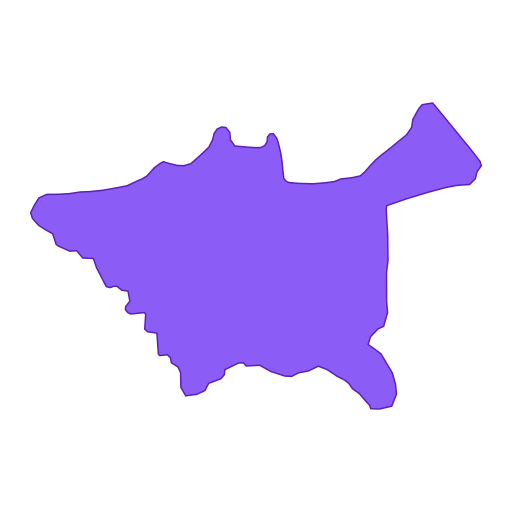 Kananga, Kasaï-Occidental, Democratic Republic of the Congo (Albers equal-area conic projection)
{"feature_id": "63176286B7058717383424", "entity_name": "Kananga", "entity_type": "district", "adm_level": 2, "iso_a3": "COD", "parent_name": "Democratic Republic of the Congo", "parent_adm1": "Kasaï-Occidental", "projection": "albers", "projection_center": [22.453, -5.896], "detail": "fine", "context": "isolated", "style": "filled", "palette": "violet", "viewbox_px": 512, "rotation_deg": 0, "n_neighbors": 0, "source": "geoboundaries", "source_scale": "gbopen_adm2", "svg_char_len": 2469}
<svg xmlns="http://www.w3.org/2000/svg" viewBox="0 0 512 512"><path d="M30.7,212.6L31.8,216.4L32.4,218.3L34.8,221.1L38.7,225.4L41.4,227.1L45.4,229.7L52.7,233.8L56.2,244.5L57.8,245.6L58.3,246.0L62.5,247.9L63.5,248.3L69.9,251.2L76.6,250.7L82.8,258.0L85.0,258.1L93.4,258.5L96.6,267.9L101.4,277.1L106.3,286.6L110.1,287.6L111.0,287.3L113.6,286.3L115.3,286.3L117.0,286.3L121.7,290.2L128.0,291.1L128.7,295.1L129.9,301.2L125.6,306.6L125.6,306.9L125.4,309.7L128.0,312.8L130.8,314.0L142.5,312.8L144.3,312.6L145.7,314.3L144.7,329.1L147.7,331.8L151.4,332.3L156.9,333.1L157.9,347.6L158.4,354.1L159.6,355.5L162.1,355.3L167.4,354.8L169.8,357.1L170.4,357.7L171.4,362.7L178.2,367.2L179.0,369.1L180.6,372.7L180.9,387.4L185.7,395.8L193.3,394.8L196.6,394.4L204.9,390.6L208.7,383.3L215.4,380.8L220.8,378.8L223.6,375.6L224.3,374.7L224.8,370.2L224.8,369.7L231.8,366.3L238.8,362.9L241.2,362.9L243.5,362.9L243.6,363.0L246.3,366.0L251.5,365.7L259.8,365.3L270.9,371.5L285.1,376.1L291.7,376.4L297.4,373.4L298.6,372.8L308.5,370.9L318.3,366.2L327.2,369.6L337.2,376.3L344.8,380.2L348.9,383.5L352.5,388.7L359.5,393.8L364.9,400.1L369.5,405.2L370.8,408.7L379.5,409.0L391.7,406.2L396.5,394.2L395.5,384.2L392.4,373.1L381.1,354.0L375.2,349.5L368.2,344.5L370.4,336.8L371.4,335.8L376.9,330.1L378.2,328.8L382.4,326.9L383.6,326.4L387.6,312.5L386.6,301.6L386.5,272.4L388.0,260.5L387.7,235.7L387.1,225.3L386.2,209.2L386.8,205.6L405.9,199.0L427.9,192.3L445.9,187.5L456.9,185.4L469.6,184.5L475.3,178.8L476.2,175.2L477.0,171.9L481.3,165.7L480.1,161.5L473.8,153.3L469.7,148.1L457.5,133.2L432.7,103.0L426.9,103.9L422.2,104.7L419.1,108.3L416.2,113.2L412.8,119.5L411.7,127.2L406.6,134.8L398.2,141.6L390.4,148.1L381.5,155.0L375.7,159.9L370.2,165.7L364.5,172.2L360.2,175.9L352.0,177.7L340.7,179.0L334.3,181.6L325.0,182.8L313.0,183.8L298.7,183.4L289.1,182.6L286.4,181.5L283.8,178.4L282.8,169.8L282.4,165.5L282.1,162.1L280.8,153.3L278.4,143.3L276.8,138.3L273.3,133.7L270.1,133.8L267.5,136.9L267.0,142.0L264.7,145.6L260.9,147.5L256.8,147.7L249.8,147.3L242.5,146.7L234.8,146.0L230.5,140.0L229.8,132.4L225.9,127.5L221.6,127.0L217.2,129.0L214.1,133.5L212.7,139.5L209.0,147.0L203.8,152.0L201.7,154.0L196.9,158.4L190.8,163.7L183.9,165.7L176.9,165.4L167.5,163.0L163.4,161.7L159.9,163.6L154.1,168.0L147.0,175.9L144.6,177.4L141.7,179.1L136.5,181.3L127.0,185.8L115.0,188.1L102.5,190.3L89.7,191.6L80.1,192.0L69.6,193.6L58.2,194.3L46.6,194.4L38.8,198.0L34.2,205.5L30.7,212.6Z" fill="#8b5cf6" stroke="#5b21b6" stroke-width="1.5"/></svg>